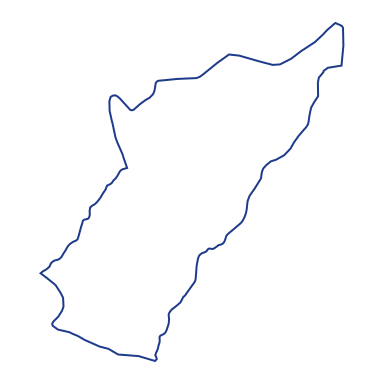 outline of Flores Costa Cuca, Quezaltenango, Guatemala
{"feature_id": "79465075B83292540692788", "entity_name": "Flores Costa Cuca", "entity_type": "district", "adm_level": 2, "iso_a3": "GTM", "parent_name": "Guatemala", "parent_adm1": "Quezaltenango", "projection": "orthographic", "projection_center": [-91.868, 14.633], "detail": "fine", "context": "isolated", "style": "outline", "palette": "blue", "viewbox_px": 384, "rotation_deg": 0, "n_neighbors": 0, "source": "geoboundaries", "source_scale": "gbopen_adm2", "svg_char_len": 2879}
<svg xmlns="http://www.w3.org/2000/svg" viewBox="0 0 384 384"><path d="M155.1,361.0L156.8,358.9L156.3,357.1L155.3,355.3L156.0,353.0L157.9,348.7L158.4,346.1L158.9,344.4L159.5,342.5L159.7,341.0L159.6,338.9L159.6,336.7L160.5,335.6L162.4,334.7L164.4,333.6L165.6,332.2L166.7,329.8L167.1,328.5L168.0,325.9L168.5,324.3L168.8,322.6L169.1,319.0L168.9,317.4L168.7,315.4L168.8,313.8L169.9,311.8L171.3,310.1L172.2,309.0L173.8,308.0L176.5,305.8L177.7,304.9L178.8,303.8L180.0,302.9L181.4,300.7L183.2,297.1L185.1,295.4L187.8,291.5L191.1,286.9L194.3,282.5L195.3,280.6L195.6,279.2L196.1,273.3L196.6,266.2L197.6,260.6L198.2,258.0L198.9,256.1L200.1,254.6L202.0,253.2L203.9,252.5L205.7,251.8L206.8,250.9L207.4,249.7L208.9,248.6L210.8,248.7L212.4,249.0L214.2,248.4L218.8,245.0L220.8,244.6L222.6,243.8L224.1,242.1L224.8,240.6L225.6,238.3L226.2,236.2L227.2,234.7L228.7,233.3L232.1,230.5L240.0,223.8L241.8,222.0L243.0,220.1L244.2,217.8L245.2,215.4L246.2,212.1L246.7,209.2L247.3,203.5L247.7,200.8L249.6,195.8L254.9,188.2L261.0,178.4L261.3,175.9L261.8,172.5L262.5,170.3L263.3,168.4L266.5,164.9L270.8,161.4L273.5,160.5L275.7,159.9L284.2,155.2L290.5,148.6L292.0,145.9L293.8,142.7L295.9,139.7L298.4,136.2L303.9,129.7L306.2,127.2L308.0,124.3L308.5,122.1L309.4,115.9L310.4,110.8L311.2,107.5L314.4,101.8L318.1,96.2L317.9,82.5L318.9,77.5L320.3,75.9L323.4,72.2L323.7,70.8L327.9,67.8L341.5,65.6L343.4,45.5L343.0,27.8L341.9,26.0L340.2,25.1L335.3,23.0L327.2,30.0L322.9,34.6L314.9,42.1L301.0,51.2L291.2,58.7L280.0,64.4L272.7,64.9L260.8,61.8L239.1,55.6L229.0,54.5L216.9,63.2L203.2,74.3L200.0,76.7L196.5,78.1L177.9,78.9L158.1,80.8L156.6,81.8L155.7,83.4L154.5,90.7L153.1,94.1L149.7,97.7L145.9,99.8L139.9,104.2L133.6,109.8L131.6,110.3L130.2,109.8L119.7,98.3L117.1,96.2L115.1,95.3L112.6,95.7L110.6,97.0L109.4,101.2L109.6,110.8L111.8,120.8L112.5,123.3L115.5,137.5L117.4,142.6L122.3,153.7L124.1,159.3L125.4,163.0L127.1,168.0L122.5,169.3L120.9,170.3L119.6,171.8L118.6,173.7L117.5,175.7L115.7,178.3L113.9,180.0L112.7,181.6L111.5,183.3L108.9,184.8L107.2,185.5L106.2,187.6L105.9,188.9L105.1,190.2L103.2,193.0L100.3,197.8L98.4,200.4L96.6,202.5L94.9,204.1L93.7,204.9L92.4,205.5L90.2,207.5L89.8,209.8L89.6,211.3L89.8,213.0L89.7,215.1L89.4,216.5L88.9,217.7L88.0,218.7L86.3,219.2L84.0,219.8L82.8,220.9L82.4,222.8L81.8,224.7L81.0,227.2L80.0,230.9L79.4,233.2L78.7,235.7L78.2,237.4L77.5,239.3L76.4,240.4L73.4,241.7L71.6,242.8L70.2,243.8L69.0,244.9L67.6,246.7L65.5,250.4L63.8,253.0L62.6,255.0L61.4,257.0L60.2,258.3L58.8,259.3L56.8,260.0L54.9,260.4L53.2,261.3L51.8,262.4L50.7,263.7L50.2,265.0L49.3,266.9L46.9,268.9L45.4,270.0L42.9,271.3L40.6,273.3L41.7,274.1L47.6,278.6L55.6,285.1L60.5,292.7L63.1,297.8L63.5,306.6L62.0,310.8L58.2,316.8L53.4,321.5L52.2,323.7L52.6,325.7L58.0,329.6L69.4,332.2L72.6,333.8L77.9,336.0L84.8,340.0L99.7,346.6L108.4,348.8L118.1,354.5L138.6,356.1L155.1,361.0Z" fill="none" stroke="#1e3a8a" stroke-width="2"/></svg>